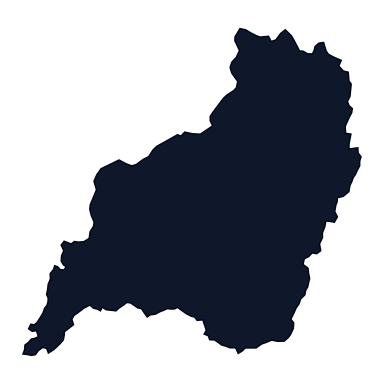 Catarina, Ceará, Brazil (Robinson projection)
{"feature_id": "56859067B12131034549764", "entity_name": "Catarina", "entity_type": "district", "adm_level": 2, "iso_a3": "BRA", "parent_name": "Brazil", "parent_adm1": "Ceará", "projection": "robinson", "projection_center": [-39.929, -6.241], "detail": "fine", "context": "isolated", "style": "filled", "palette": "ink", "viewbox_px": 384, "rotation_deg": 0, "n_neighbors": 0, "source": "geoboundaries", "source_scale": "gbopen_adm2", "svg_char_len": 2918}
<svg xmlns="http://www.w3.org/2000/svg" viewBox="0 0 384 384"><path d="M240.0,28.6L235.0,36.9L234.9,40.8L239.5,50.5L236.4,57.2L232.0,62.0L230.1,67.2L231.8,73.1L237.8,81.5L236.3,87.9L233.6,90.7L227.1,94.9L223.8,97.9L221.3,101.1L212.7,112.6L210.2,116.5L210.2,120.6L212.6,125.9L200.3,134.2L192.5,133.8L184.7,132.1L181.0,136.1L177.6,134.7L156.7,146.4L153.0,150.0L148.7,156.6L142.9,159.6L136.4,164.5L131.7,165.9L125.9,163.7L119.0,160.0L109.0,164.9L101.1,168.7L96.7,175.0L94.0,181.2L96.5,189.8L90.3,204.7L89.8,209.3L91.2,215.1L94.1,222.1L93.7,225.9L90.1,231.8L89.2,238.4L83.8,241.7L78.6,242.1L74.4,241.5L71.2,244.0L67.8,242.6L64.1,241.3L61.2,245.1L63.8,250.7L61.6,255.7L61.2,261.2L63.5,264.9L66.4,266.8L63.7,270.0L60.2,269.6L57.7,266.8L54.7,265.7L53.6,269.4L50.2,273.6L50.4,279.0L48.2,284.4L47.6,289.7L46.6,294.5L48.2,298.1L48.0,301.9L46.9,305.5L44.6,308.2L43.1,312.9L40.0,318.0L37.1,322.4L34.3,324.8L30.8,324.3L28.6,328.8L32.2,331.3L36.5,330.7L38.4,336.7L35.3,338.2L31.3,339.1L28.5,342.4L25.0,345.0L24.6,349.8L23.0,354.0L26.9,354.4L31.5,355.4L35.4,354.6L38.4,350.5L42.8,347.4L46.7,348.4L48.4,353.0L53.5,349.8L56.4,347.2L60.0,343.7L63.3,339.9L64.2,335.3L64.4,331.7L73.5,324.7L71.8,319.2L74.0,315.4L78.0,312.6L84.1,308.0L89.8,305.1L93.5,308.2L97.2,309.0L100.4,310.8L102.3,307.2L106.1,309.7L110.3,310.2L116.0,310.8L119.0,308.0L123.6,305.0L126.6,302.5L130.3,302.8L133.7,305.0L137.8,307.9L141.5,308.6L144.3,312.9L147.2,317.0L150.3,314.8L155.3,314.2L160.1,311.6L164.2,310.1L167.2,308.6L170.7,309.0L174.1,309.0L177.6,307.4L180.9,309.8L186.5,313.8L191.2,316.2L194.6,317.0L197.2,320.4L202.8,319.8L206.3,330.3L204.2,334.1L208.3,335.7L209.7,339.7L214.3,339.9L217.5,341.9L221.7,345.0L226.3,346.3L230.0,347.8L235.7,347.8L238.2,353.4L241.9,351.2L245.3,347.9L250.8,347.9L256.1,347.9L261.6,344.0L266.7,342.2L271.6,340.1L277.7,341.3L284.3,341.1L288.3,337.5L290.6,334.3L293.3,328.5L293.7,322.9L290.8,319.2L293.9,313.0L296.1,308.0L299.0,303.9L300.7,298.9L304.8,294.9L305.7,290.2L307.6,287.1L309.6,278.3L308.6,273.6L308.0,268.2L303.0,264.4L304.3,258.7L308.8,256.5L312.1,252.9L316.7,253.7L320.7,250.7L319.5,243.9L322.5,237.5L322.4,232.8L324.8,226.8L325.9,220.9L330.1,221.4L334.4,222.2L337.4,216.8L334.7,211.7L335.8,205.3L337.1,201.8L337.4,197.7L343.1,196.4L348.9,191.6L349.8,185.8L351.9,181.3L353.2,177.6L355.3,174.6L357.1,170.7L359.7,165.7L359.7,161.1L361.0,156.8L358.1,153.0L357.8,147.8L349.0,149.0L349.0,144.0L350.9,134.1L345.6,133.3L345.2,126.3L346.8,122.7L349.3,117.1L351.6,112.9L352.3,108.6L349.0,105.6L347.4,101.4L350.0,96.3L350.7,88.9L351.2,84.1L348.9,80.8L348.6,76.6L348.2,72.2L343.3,71.0L338.8,66.0L341.2,60.4L333.0,56.8L328.4,54.3L326.1,50.9L324.7,46.3L323.6,42.5L319.0,43.1L315.1,46.5L314.2,50.4L312.4,54.0L307.3,53.7L303.1,51.2L299.5,50.9L293.7,39.7L291.3,35.7L285.3,29.8L280.6,33.5L275.9,39.9L271.2,41.5L268.5,36.3L260.2,37.1L256.5,35.8L250.6,32.8L245.6,29.8L240.0,28.6Z" fill="#0f172a" stroke="#020617" stroke-width="1.5"/></svg>